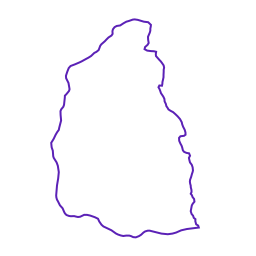 Colômbia, São Paulo, Brazil (orthographic projection), rotated 273°
{"feature_id": "56859067B65485481893344", "entity_name": "Colômbia", "entity_type": "district", "adm_level": 2, "iso_a3": "BRA", "parent_name": "Brazil", "parent_adm1": "São Paulo", "projection": "orthographic", "projection_center": [-48.706, -20.274], "detail": "fine", "context": "isolated", "style": "outline", "palette": "violet", "viewbox_px": 256, "rotation_deg": 273, "n_neighbors": 0, "source": "geoboundaries", "source_scale": "gbopen_adm2", "svg_char_len": 2568}
<svg xmlns="http://www.w3.org/2000/svg" viewBox="0 0 256 256"><g transform="rotate(273 128 128)"><path d="M32.3,203.9L34.2,203.2L35.4,201.1L38.5,200.1L40.5,200.1L41.7,198.4L43.8,197.6L45.5,196.0L48.2,195.0L51.3,195.4L54.1,195.8L55.9,196.7L57.9,198.2L60.6,197.7L62.4,196.1L64.3,195.3L65.6,194.1L67.4,194.8L69.5,194.6L72.1,193.8L73.9,193.6L75.6,193.0L77.6,192.6L79.5,192.7L82.4,193.6L85.6,194.3L87.3,194.8L89.0,195.1L92.1,194.6L94.6,193.6L96.9,191.7L99.4,190.9L101.4,190.4L103.5,191.4L105.9,190.3L106.2,187.7L107.1,185.3L108.5,184.0L111.2,183.2L113.2,182.4L115.1,181.2L117.9,179.8L120.8,179.5L122.5,180.8L123.1,184.3L124.3,185.8L126.6,185.6L129.2,184.7L132.1,183.0L134.6,181.9L136.5,181.4L139.6,179.5L142.2,177.0L144.3,174.6L146.2,172.2L147.4,169.6L148.7,167.4L150.3,166.4L151.8,165.2L154.1,164.5L156.4,163.2L159.0,162.8L161.2,161.6L163.2,160.1L164.5,159.1L166.3,158.4L168.4,157.5L170.3,156.3L172.1,157.1L172.0,159.7L173.8,160.0L175.7,160.0L177.9,160.4L180.5,160.8L182.9,160.7L185.9,160.7L188.1,160.6L190.2,160.9L192.4,160.3L194.5,158.7L196.3,157.2L197.6,155.8L201.3,152.2L203.1,151.9L205.6,152.1L206.0,149.8L206.0,146.9L206.3,143.1L207.6,140.4L209.7,140.8L212.1,143.2L214.0,144.2L217.1,143.5L220.1,143.2L224.5,144.8L226.4,145.2L228.5,145.1L230.4,145.4L232.2,145.5L234.7,142.6L235.0,138.3L236.5,132.1L236.8,129.0L236.5,127.1L234.9,123.2L234.1,120.8L232.4,118.1L230.0,114.8L229.3,111.4L228.0,109.3L225.8,107.8L223.9,107.4L221.2,107.7L219.5,106.7L217.4,103.8L215.2,101.8L213.5,100.4L210.2,97.0L208.7,96.0L207.1,95.5L204.3,94.6L202.4,92.5L201.2,90.4L198.0,87.4L196.1,84.7L194.9,82.7L192.1,78.2L191.0,76.2L188.8,71.7L186.9,67.4L184.8,65.7L181.3,64.5L178.8,63.8L176.8,63.3L174.5,63.6L169.9,66.2L166.0,67.1L163.7,67.6L162.0,67.2L160.3,66.0L158.3,64.5L157.0,63.3L154.9,63.3L147.8,62.9L145.8,62.3L143.1,60.3L141.3,59.7L137.6,60.0L132.0,60.8L124.6,59.3L122.5,59.0L120.2,57.5L117.5,56.1L115.8,55.4L113.4,54.4L111.7,53.5L109.2,52.1L106.4,52.5L104.6,52.8L101.4,54.1L95.9,54.8L94.3,55.4L89.9,58.5L86.6,59.9L80.3,61.2L73.9,60.9L66.9,60.1L56.9,59.8L54.9,60.1L52.8,60.8L51.1,61.9L47.2,64.1L44.4,66.9L40.9,68.6L39.4,69.5L37.9,71.1L37.1,73.6L36.9,75.5L37.2,78.8L36.8,80.8L36.5,82.7L36.9,84.9L39.0,88.8L39.1,91.7L38.6,94.7L37.2,99.5L35.8,102.8L33.1,104.2L30.0,106.6L28.4,108.6L25.0,116.8L22.0,121.5L21.1,123.6L20.3,126.4L19.9,128.9L20.5,132.1L20.6,135.0L20.2,136.7L19.3,138.9L19.2,141.5L20.6,144.6L22.1,146.7L24.4,148.9L25.6,150.5L26.5,153.1L26.6,155.1L24.3,166.9L24.0,173.3L24.9,178.0L26.1,181.5L28.6,186.5L30.2,192.1L32.3,203.9Z" fill="none" stroke="#5b21b6" stroke-width="2"/></g></svg>